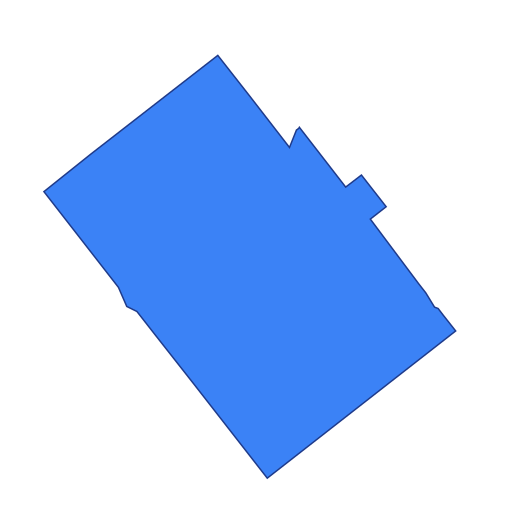 the district of Dickinson, Kansas, United States of America, rotated 322°
{"feature_id": "52423323B35646510903137", "entity_name": "Dickinson", "entity_type": "district", "adm_level": 2, "iso_a3": "USA", "parent_name": "United States of America", "parent_adm1": "Kansas", "projection": "mercator", "projection_center": [-97.074, 38.871], "detail": "fine", "context": "isolated", "style": "filled", "palette": "blue", "viewbox_px": 512, "rotation_deg": 322, "n_neighbors": 0, "source": "geoboundaries", "source_scale": "gbopen_adm2", "svg_char_len": 492}
<svg xmlns="http://www.w3.org/2000/svg" viewBox="0 0 512 512"><g transform="rotate(322 256 256)"><path d="M128.1,438.0L367.2,438.0L367.1,417.9L367.2,409.5L365.2,406.2L367.1,389.6L367.1,378.0L368.8,297.3L388.9,297.3L388.9,257.1L369.1,256.9L369.4,181.3L368.8,181.6L367.1,181.7L366.8,181.8L365.5,181.6L349.2,191.1L349.5,125.0L349.4,74.4L189.0,74.0L128.5,74.7L128.3,196.0L123.1,216.2L128.0,226.4L128.0,256.6L128.2,317.3L128.1,438.0Z" fill="#3b82f6" stroke="#1e3a8a" stroke-width="1.5"/></g></svg>